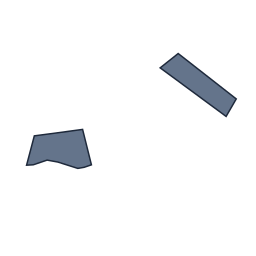 SVG path tracing the border of Satupa'itea, rotated 320°
{"feature_id": "WSM-4993", "entity_name": "Satupa'itea", "entity_type": "state/province", "adm_level": 1, "iso_a3": "WSM", "parent_name": "Samoa", "parent_adm1": "", "projection": "albers", "projection_center": [-172.549, -13.684], "detail": "fine", "context": "isolated", "style": "filled", "palette": "slate", "viewbox_px": 256, "rotation_deg": 320, "n_neighbors": 0, "source": "natural_earth", "source_scale": "10m", "svg_char_len": 348}
<svg xmlns="http://www.w3.org/2000/svg" viewBox="0 0 256 256"><g transform="rotate(320 128 128)"><path d="M76.3,132.7L69.1,129.9L63.6,126.7L52.3,108.9L45.4,100.6L31.8,95.3L26.4,91.3L51.2,73.8L64.2,82.1L92.3,99.9L76.3,132.7ZM229.6,175.3L210.6,182.2L191.3,102.6L214.3,103.2L229.6,175.3Z" fill="#64748b" stroke="#1e293b" stroke-width="1.5"/></g></svg>